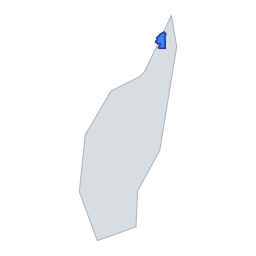 location of Choll, Palau
{"feature_id": "81905179B4066449576994", "entity_name": "Choll", "entity_type": "district", "adm_level": 2, "iso_a3": "PLW", "parent_name": "Palau", "parent_adm1": "", "projection": "albers", "projection_center": [134.635, 7.673], "detail": "fine", "context": "in_parent", "style": "filled", "palette": "blue", "viewbox_px": 256, "rotation_deg": 0, "n_neighbors": 0, "source": "geoboundaries", "source_scale": "gbopen_adm2", "svg_char_len": 2310}
<svg xmlns="http://www.w3.org/2000/svg" viewBox="0 0 256 256"><path d="M135.9,226.9L97.3,240.6L79.3,191.6L85.3,134.8L110.9,91.1L138.7,77.1L144.4,72.1L171.4,15.4L176.7,46.7L159.7,150.5L137.7,190.9L135.9,226.9Z" fill="#d9dde1" stroke="#a8b0b8" stroke-width="1"/><path d="M165.3,48.3L165.3,48.2L165.3,47.9L165.3,47.7L165.3,47.4L165.3,47.2L165.2,46.8L165.2,46.7L165.2,46.3L165.2,46.2L165.2,45.9L165.2,45.7L165.2,45.4L165.1,45.2L165.2,44.9L165.2,44.6L165.1,44.2L165.2,43.9L165.2,43.7L165.2,43.4L165.2,43.1L165.2,42.9L165.1,42.7L165.2,42.4L165.2,42.2L165.2,41.8L165.2,41.7L165.2,41.4L165.2,41.2L165.2,40.9L165.2,40.7L165.2,40.4L165.2,40.2L165.1,39.7L165.2,39.4L165.1,39.2L165.1,38.9L165.1,38.7L165.1,38.4L165.1,38.2L165.1,37.9L165.1,37.7L165.1,37.4L165.1,37.2L165.1,36.9L165.1,36.7L165.2,36.4L165.2,36.2L165.3,36.0L165.3,35.9L165.4,35.7L165.4,35.4L165.4,35.2L165.5,35.1L165.6,34.9L165.6,34.7L165.6,34.4L165.7,34.2L165.8,34.2L165.8,33.9L165.8,33.7L165.7,33.6L165.4,33.4L165.2,33.2L164.9,33.1L164.7,33.1L164.5,32.9L164.4,32.8L164.5,32.8L164.5,32.7L164.4,32.5L164.4,32.4L164.2,32.3L164.2,32.2L164.0,32.3L163.9,32.3L163.9,32.2L163.7,32.2L159.7,34.4L159.8,34.4L159.9,34.5L159.8,34.8L159.8,35.0L159.7,35.1L159.5,35.4L159.4,35.4L159.4,35.6L159.2,35.7L159.1,35.8L158.9,35.9L158.7,36.0L158.6,36.3L158.4,36.3L158.2,36.5L157.9,36.6L157.7,36.8L157.4,37.0L157.2,37.1L157.2,37.3L157.1,37.5L157.0,37.8L156.9,37.9L156.7,38.0L156.6,38.3L156.8,38.5L157.0,38.7L157.2,38.8L157.3,39.0L157.4,39.3L157.3,39.5L157.2,39.7L157.2,39.8L157.2,40.0L157.1,40.3L157.0,40.5L156.9,40.6L156.7,40.6L156.4,40.8L156.2,40.9L156.0,41.0L155.9,41.1L155.7,41.2L155.7,41.3L155.6,41.5L155.7,41.8L155.7,42.0L155.7,42.3L155.8,42.5L156.0,42.6L156.3,42.6L156.5,42.6L156.8,42.7L156.9,42.8L157.0,42.8L157.2,43.0L157.3,43.0L157.3,43.3L157.5,43.3L157.5,43.2L157.5,43.3L157.5,43.5L157.8,43.7L157.9,43.8L158.1,43.7L158.2,43.8L158.4,43.8L158.5,43.8L159.0,43.8L159.3,43.8L159.6,43.7L159.8,43.7L160.0,43.7L160.0,43.8L160.1,44.0L160.3,44.1L160.4,44.3L160.4,44.5L160.3,44.8L160.2,45.0L160.0,45.3L159.9,45.4L159.8,45.5L159.7,45.5L159.6,45.8L159.5,46.0L159.4,46.1L159.4,46.3L159.2,46.4L159.0,46.5L158.9,46.6L158.7,46.9L158.7,47.0L158.6,47.3L158.5,47.5L158.5,47.8L158.5,48.0L158.8,48.3L158.7,48.3L162.2,48.3L165.3,48.3Z" fill="#3b82f6" stroke="#1e3a8a" stroke-width="1.5"/></svg>